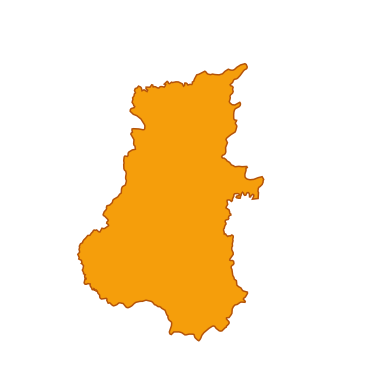 outline of Coromandel, Minas Gerais, Brazil, rotated 29°
{"feature_id": "56859067B86368088013464", "entity_name": "Coromandel", "entity_type": "district", "adm_level": 2, "iso_a3": "BRA", "parent_name": "Brazil", "parent_adm1": "Minas Gerais", "projection": "albers", "projection_center": [-47.125, -18.343], "detail": "fine", "context": "isolated", "style": "filled", "palette": "amber", "viewbox_px": 384, "rotation_deg": 29, "n_neighbors": 0, "source": "geoboundaries", "source_scale": "gbopen_adm2", "svg_char_len": 6089}
<svg xmlns="http://www.w3.org/2000/svg" viewBox="0 0 384 384"><g transform="rotate(29 192 192)"><path d="M124.8,272.7L124.4,273.7L124.5,274.8L123.9,276.9L123.7,279.4L121.9,280.6L121.4,283.6L120.6,286.4L120.5,288.2L120.8,289.4L119.6,291.4L119.7,294.0L120.5,294.9L121.1,297.1L122.2,298.1L122.9,299.3L122.3,301.9L125.0,303.9L125.4,305.5L128.4,305.4L130.0,307.3L129.8,308.2L130.9,308.2L132.9,309.1L133.9,312.1L133.9,313.4L136.3,315.1L136.8,316.1L138.8,316.1L138.7,317.4L140.0,319.1L141.2,318.8L141.5,319.8L140.7,320.4L141.7,323.8L143.2,324.5L144.6,323.7L145.3,322.6L147.6,321.8L148.0,322.8L148.7,323.6L150.8,324.7L151.9,325.7L153.0,325.5L153.0,324.1L153.9,324.3L154.5,325.1L155.6,324.2L156.3,325.2L157.1,324.6L158.8,326.1L161.1,326.9L162.3,328.7L163.4,329.4L164.7,329.5L168.5,326.6L169.6,326.9L170.0,328.1L172.6,329.9L173.8,328.8L176.9,329.6L178.4,329.7L179.4,328.9L180.9,327.0L181.7,324.7L182.6,323.9L185.9,322.9L190.0,324.6L191.4,324.6L192.4,324.0L193.7,322.3L194.7,320.4L195.5,317.5L196.5,315.6L197.3,314.9L199.5,312.9L201.7,311.6L204.2,308.9L209.4,307.4L211.0,307.5L213.8,308.7L215.1,308.4L218.0,308.7L218.9,308.1L220.3,307.9L221.9,308.4L225.8,308.5L229.6,311.7L231.1,312.1L231.7,313.3L232.9,314.5L234.0,315.1L237.0,315.7L237.8,316.5L238.9,319.0L240.0,325.3L240.7,326.2L241.8,326.9L243.0,326.7L244.0,323.2L248.4,320.7L249.8,320.3L251.3,320.0L255.0,320.4L256.0,319.9L258.4,317.7L261.7,315.9L262.8,315.7L264.8,317.6L265.8,318.1L268.7,318.8L270.1,318.8L270.5,317.3L270.5,315.3L270.1,312.6L270.6,309.3L273.0,302.9L274.9,299.5L275.7,298.8L277.0,298.5L279.3,299.6L283.1,300.2L284.2,299.9L285.5,299.0L286.9,294.4L287.5,293.6L287.2,292.6L288.0,289.9L288.0,288.5L287.1,287.5L283.7,286.4L283.2,285.3L285.3,283.8L285.7,280.3L285.7,278.7L283.9,274.8L283.8,272.0L284.4,269.9L286.1,268.4L287.6,265.3L288.4,264.4L291.8,262.8L291.6,261.8L288.9,260.9L288.7,260.0L289.6,257.9L289.7,253.8L289.0,252.7L284.8,253.7L283.6,253.5L281.3,252.2L278.6,252.2L276.4,251.7L273.8,248.0L271.2,247.7L270.1,246.4L268.0,245.1L264.5,240.4L263.0,239.4L262.4,238.0L262.7,236.6L263.3,235.6L263.4,234.4L262.7,233.3L261.9,232.4L260.6,232.3L258.9,233.3L258.0,233.3L257.7,232.3L258.3,226.6L257.4,225.1L254.9,223.3L254.1,222.1L253.6,220.9L253.6,219.6L252.3,217.7L251.5,214.7L250.6,213.7L249.9,211.3L249.3,210.5L248.4,210.2L247.5,210.4L247.0,211.7L245.5,212.5L244.8,213.6L242.7,213.0L241.7,212.4L240.6,213.1L239.7,211.7L238.1,210.1L237.6,209.0L237.8,208.0L237.3,206.6L237.1,204.8L237.3,203.7L236.8,202.7L235.9,202.4L235.3,201.7L235.0,200.7L235.6,199.6L236.9,198.5L237.0,197.3L236.3,196.7L236.0,195.5L236.3,194.3L237.2,193.4L236.7,192.5L235.3,192.3L234.6,191.2L233.1,189.7L229.4,189.4L229.1,188.0L229.2,185.5L227.0,183.0L226.8,182.0L227.8,181.2L229.0,180.7L231.0,181.2L231.5,180.0L230.8,178.6L230.6,175.5L229.9,173.9L230.2,172.8L232.7,171.2L233.9,171.0L234.9,171.3L234.8,172.3L233.1,173.9L233.1,175.2L234.0,175.4L236.2,174.7L237.2,173.9L236.6,172.4L236.5,170.6L236.0,169.5L236.3,167.7L237.7,168.1L238.5,169.0L239.7,169.4L240.6,168.7L240.5,167.1L240.6,165.8L241.6,165.2L242.7,165.6L243.4,166.4L244.7,168.4L245.6,167.9L245.4,166.6L246.3,164.5L247.3,164.6L248.0,165.4L248.3,169.0L253.0,165.6L250.4,160.2L249.3,159.4L248.2,156.6L248.3,155.2L248.9,154.2L249.7,151.4L249.4,148.9L248.8,147.8L248.6,146.2L245.9,144.6L243.0,147.3L239.9,151.0L236.9,153.1L234.5,153.9L233.0,153.9L231.4,153.4L230.6,152.5L229.6,150.7L228.8,147.0L227.7,145.0L228.5,143.8L227.5,143.1L223.5,145.6L220.6,146.8L217.6,148.9L216.7,149.1L215.7,148.9L213.3,149.2L210.5,147.9L207.5,147.8L206.0,147.1L203.5,146.8L202.8,147.4L201.8,147.4L200.9,146.8L200.9,145.1L201.9,143.9L202.4,142.5L202.3,141.2L202.0,140.3L199.8,136.8L199.1,131.7L196.2,129.6L196.2,128.1L197.0,125.9L198.3,122.8L200.6,118.7L200.5,117.2L199.5,113.1L198.8,112.2L196.8,111.2L196.3,110.0L196.5,108.9L196.3,107.7L194.2,108.3L193.0,107.7L190.9,104.1L189.8,101.6L189.4,99.5L189.5,98.2L191.8,94.6L192.2,93.1L191.9,91.9L191.3,90.9L190.3,90.4L187.3,95.1L184.8,96.2L182.1,95.7L180.8,95.0L180.2,92.2L179.7,90.9L178.9,90.0L178.6,88.7L179.5,85.8L179.3,84.2L177.7,82.5L177.2,80.5L176.1,80.0L174.1,80.3L173.3,79.7L174.4,76.5L174.1,74.2L174.4,73.0L176.2,71.3L176.8,70.1L177.6,66.7L178.3,61.1L178.7,59.7L179.9,57.9L180.0,56.7L179.6,55.8L177.6,54.2L176.1,54.1L172.9,57.3L170.8,61.1L169.8,64.1L169.2,65.1L168.3,65.9L166.8,66.6L164.2,67.0L162.3,70.5L161.4,73.8L158.9,76.4L155.0,78.2L152.8,78.9L151.3,80.4L149.0,81.1L147.9,81.1L146.1,80.3L144.7,80.1L141.0,85.6L139.3,87.3L139.4,92.2L139.8,94.4L139.0,95.7L139.7,96.9L139.7,98.1L138.1,98.8L136.6,100.4L135.0,99.6L133.9,99.6L132.9,100.2L133.7,102.5L133.3,103.6L131.1,102.1L126.8,102.3L124.6,103.4L121.8,105.8L120.9,105.8L119.9,108.1L118.8,108.4L117.9,107.5L116.6,107.3L115.4,111.1L116.9,110.9L117.1,112.5L116.8,113.9L115.6,114.0L113.7,114.8L112.9,115.8L112.6,117.2L111.1,117.7L109.2,117.6L107.8,118.2L107.1,118.9L105.8,117.5L104.8,117.7L104.4,120.8L101.0,122.5L101.7,124.0L103.9,124.4L104.0,126.0L100.5,125.9L99.2,127.7L97.3,125.6L96.1,125.1L93.9,125.3L93.5,127.6L92.2,129.0L92.5,131.1L94.5,132.7L94.0,134.3L94.7,136.0L94.4,138.5L95.3,139.4L96.1,142.6L98.4,143.8L99.2,144.7L100.5,145.0L100.6,146.2L98.7,148.1L98.2,149.0L98.2,150.1L98.8,151.4L103.0,152.5L106.7,152.0L112.0,152.9L117.8,156.1L118.8,157.1L120.0,159.6L119.8,160.7L119.0,161.3L115.0,162.6L110.1,165.0L109.0,165.9L109.5,167.0L110.9,168.6L110.3,169.9L110.4,171.0L115.9,174.4L117.5,178.0L118.5,179.1L120.0,179.6L121.8,182.1L119.4,184.1L117.4,187.6L117.3,189.0L118.4,191.1L118.2,192.3L116.7,192.7L115.8,193.2L115.7,194.3L117.1,197.7L118.6,199.7L118.9,201.0L121.2,204.7L122.4,205.6L123.9,205.9L125.5,207.6L126.7,211.1L127.6,212.6L128.9,213.6L129.5,214.8L130.3,218.2L128.6,221.0L128.6,222.4L128.9,223.6L130.6,227.1L129.8,229.1L129.5,232.2L127.1,236.3L126.8,237.4L127.4,239.9L126.3,243.4L124.3,245.2L124.5,246.8L125.3,247.8L125.5,248.9L124.8,251.7L125.2,254.8L125.9,255.5L127.4,255.5L131.4,256.7L132.4,257.3L132.5,258.4L132.1,259.5L132.5,260.7L134.7,261.1L135.4,261.9L133.3,266.2L132.2,267.0L130.8,267.3L130.8,271.7L129.6,272.0L127.0,271.4L126.0,272.4L124.8,272.7Z" fill="#f59e0b" stroke="#b45309" stroke-width="1.5"/></g></svg>